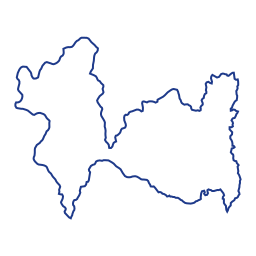 Caraí, Minas Gerais, Brazil (Robinson projection)
{"feature_id": "56859067B4076294409076", "entity_name": "Caraí", "entity_type": "district", "adm_level": 2, "iso_a3": "BRA", "parent_name": "Brazil", "parent_adm1": "Minas Gerais", "projection": "robinson", "projection_center": [-41.587, -17.164], "detail": "fine", "context": "isolated", "style": "outline", "palette": "blue", "viewbox_px": 256, "rotation_deg": 0, "n_neighbors": 0, "source": "geoboundaries", "source_scale": "gbopen_adm2", "svg_char_len": 5794}
<svg xmlns="http://www.w3.org/2000/svg" viewBox="0 0 256 256"><path d="M16.1,102.4L15.4,104.0L15.4,106.0L16.4,107.8L17.6,108.2L21.4,108.8L22.8,108.8L26.3,109.9L27.9,110.6L32.7,114.5L34.2,114.9L36.6,113.5L38.3,113.0L40.1,112.9L43.6,114.1L45.0,115.2L46.7,118.0L47.6,119.0L48.7,119.9L49.6,121.0L49.3,122.9L49.4,127.2L49.0,128.6L48.0,130.2L46.6,131.3L45.5,134.1L44.3,135.9L43.0,139.0L42.2,140.3L40.9,141.4L39.8,142.9L36.8,145.0L35.0,148.2L34.8,149.7L34.8,152.8L34.5,155.6L33.8,157.2L33.6,158.9L34.3,160.5L35.2,161.7L37.3,163.8L38.6,164.5L42.5,165.0L44.1,165.4L45.7,166.1L46.8,167.1L48.2,170.5L49.0,171.8L51.0,173.6L52.7,176.5L55.4,179.5L56.2,181.2L57.1,182.5L59.6,185.2L60.2,186.8L59.1,189.8L59.4,191.7L58.9,193.9L60.3,194.3L62.1,194.4L63.0,196.2L62.8,198.0L62.4,199.3L61.0,202.2L61.4,203.5L63.0,206.0L65.2,207.6L65.8,208.9L65.4,210.2L64.6,211.4L64.9,212.9L69.1,217.4L70.8,218.3L71.4,216.6L72.2,215.3L72.4,214.0L73.4,211.2L74.2,210.2L74.5,208.5L74.2,206.3L73.1,204.9L73.0,203.1L73.4,201.5L74.3,200.1L75.9,199.9L77.2,198.9L77.7,197.7L79.2,195.4L80.3,192.6L79.8,190.8L80.9,186.8L84.8,186.2L86.1,184.6L86.6,182.0L88.1,181.7L88.8,180.3L90.1,172.2L89.1,170.8L88.9,169.4L90.9,166.0L92.6,164.9L94.6,164.3L95.4,163.1L96.0,161.6L97.4,160.8L99.7,160.4L102.1,160.8L103.6,160.2L105.1,160.2L108.5,160.4L111.8,162.3L113.7,163.6L116.2,166.3L119.2,168.2L120.6,169.3L122.8,173.1L125.0,176.1L127.0,177.1L129.0,177.3L130.8,177.1L132.4,176.5L135.1,176.2L136.8,176.6L138.7,177.6L141.2,179.3L142.4,179.5L143.6,179.5L146.9,179.9L148.2,181.0L148.9,182.9L150.1,184.7L150.7,186.4L152.4,186.6L153.7,186.4L155.0,187.7L158.5,192.3L159.9,192.0L161.5,192.6L162.4,193.7L164.0,194.0L165.9,195.1L167.1,196.5L168.4,196.2L169.4,195.6L170.3,196.6L171.6,196.5L173.0,197.0L174.3,197.0L175.8,197.8L177.8,197.8L179.5,198.8L180.7,199.9L181.9,200.3L183.1,201.5L185.1,202.9L186.8,203.3L190.7,203.6L192.7,203.2L194.5,202.6L195.7,201.4L197.4,200.9L198.6,200.1L199.7,199.8L200.9,198.9L200.7,197.2L201.2,193.3L202.0,191.3L204.1,190.7L204.8,192.2L204.1,193.7L205.3,195.2L207.1,194.8L208.0,193.1L207.5,191.8L207.4,190.2L208.5,189.4L209.8,189.9L211.0,190.1L212.1,191.0L214.0,191.0L217.3,190.0L218.8,190.1L220.4,189.4L223.4,193.3L224.1,195.3L222.9,197.0L222.7,198.7L223.9,199.2L223.9,203.0L224.8,204.5L225.9,205.8L226.3,209.8L227.2,211.6L227.9,210.3L228.5,208.1L229.5,206.7L230.7,205.5L230.8,203.0L232.1,201.7L234.3,200.2L235.1,198.3L236.9,197.8L237.9,196.9L238.5,195.4L239.5,194.2L239.2,192.7L238.4,191.0L239.4,187.2L239.5,185.0L240.0,183.0L239.9,181.0L240.6,179.3L239.5,176.0L238.9,174.6L237.9,173.2L238.3,171.2L237.6,166.6L238.6,165.1L236.8,163.0L236.3,161.2L235.0,161.0L233.6,160.2L233.2,158.1L233.4,156.1L233.1,154.5L231.9,153.7L230.8,152.2L231.3,150.5L231.7,148.5L233.6,148.0L234.6,147.1L233.8,146.0L232.4,145.7L232.5,144.0L232.2,142.0L231.6,140.4L230.3,138.4L230.3,136.2L232.0,134.4L232.2,132.2L229.6,129.4L229.6,127.2L231.7,127.2L232.9,126.3L232.5,124.9L233.0,123.2L232.4,121.5L231.5,120.5L232.0,119.3L233.1,118.2L234.6,118.0L235.7,116.1L236.4,114.1L237.3,113.1L238.0,111.5L236.0,110.9L234.9,109.8L233.1,109.5L232.0,110.4L230.8,110.7L230.7,108.8L232.0,107.5L232.6,105.6L234.6,101.9L235.5,100.9L236.7,100.2L237.1,97.7L237.2,95.7L236.6,94.4L236.3,91.0L237.1,89.7L237.6,88.3L237.3,86.4L238.2,85.1L238.2,83.2L238.1,81.2L237.7,79.4L236.1,79.8L234.6,78.8L233.8,72.7L232.5,72.8L231.0,73.8L228.6,75.8L227.3,75.6L226.6,74.4L225.1,74.2L223.7,73.7L222.6,73.6L221.1,74.1L220.1,75.5L219.0,76.9L217.0,77.5L212.4,74.9L211.3,76.4L211.0,78.3L212.0,81.7L211.7,83.5L210.1,83.0L208.4,81.8L206.6,82.4L205.7,83.9L206.4,87.2L205.9,90.2L206.4,91.8L206.3,93.2L204.8,94.1L204.0,96.0L203.8,97.9L202.4,98.9L201.6,100.3L202.1,101.7L202.7,103.1L202.7,104.6L201.2,106.0L200.4,107.5L200.8,108.8L200.6,110.3L199.3,110.9L197.9,110.3L195.9,110.7L192.0,109.8L191.2,108.4L191.1,107.0L190.3,105.9L189.0,105.3L187.7,104.3L185.6,104.4L184.4,104.7L183.0,103.9L181.8,103.0L181.1,101.7L180.7,100.2L179.6,98.5L179.0,94.8L178.4,93.2L178.1,91.8L177.1,89.8L173.7,89.0L172.3,89.3L170.7,90.2L167.7,92.3L164.8,95.3L163.1,96.7L157.6,99.7L157.4,101.7L155.6,102.6L154.1,101.9L152.2,101.4L149.8,101.3L148.3,101.6L147.0,102.4L143.8,101.4L142.6,101.7L142.1,103.2L142.9,107.4L142.9,109.1L142.7,110.9L141.4,111.4L139.9,110.2L138.3,109.6L136.6,109.6L132.2,111.3L130.5,111.7L129.1,112.5L128.3,114.2L127.0,115.0L125.8,114.7L124.6,115.6L124.1,117.4L124.3,120.4L125.7,124.0L125.9,125.7L125.2,127.5L123.6,128.2L122.1,128.6L121.2,129.6L120.2,132.5L119.4,133.5L117.4,135.3L115.8,135.7L115.2,137.3L116.1,141.5L114.9,142.0L113.7,142.8L113.0,144.4L112.4,146.5L111.0,148.0L109.2,147.9L108.7,144.7L107.5,143.1L106.0,141.7L105.0,139.9L105.8,137.7L105.5,135.7L105.4,133.8L105.6,130.8L105.3,128.6L104.7,126.6L104.9,122.5L104.3,120.9L103.4,119.3L101.4,116.0L101.0,114.6L101.0,113.2L101.3,111.8L102.3,109.1L101.9,107.7L100.6,106.7L97.7,102.4L97.1,100.5L97.9,98.9L99.7,96.1L102.8,93.6L103.5,92.2L102.6,88.9L103.4,86.7L103.3,85.1L101.1,83.1L99.8,81.2L98.1,80.4L97.4,79.3L96.9,77.9L95.9,76.3L93.7,75.1L90.0,73.6L90.8,71.5L92.9,68.4L93.0,64.8L93.8,60.9L94.1,57.0L94.4,55.4L95.2,53.5L96.6,52.4L97.7,50.5L97.9,48.3L96.2,46.9L94.7,45.1L91.4,42.2L88.6,38.6L86.7,37.8L81.7,37.7L80.5,38.2L78.4,40.2L76.9,40.9L75.5,42.3L73.8,44.9L73.0,45.9L71.8,46.9L69.9,47.2L68.2,47.1L66.3,47.5L63.4,48.8L63.7,52.3L63.6,53.8L62.7,55.5L60.9,56.6L60.0,58.2L59.6,59.6L59.0,60.8L57.4,62.4L55.6,63.5L53.7,64.2L52.3,64.0L50.9,63.4L46.8,62.1L45.1,62.7L42.5,65.7L41.1,68.9L40.2,69.9L39.5,71.6L38.1,77.4L36.2,78.4L34.7,78.6L33.5,78.5L32.5,77.4L31.5,75.4L31.3,73.9L30.8,72.4L26.6,66.9L22.9,66.6L21.4,67.2L20.5,68.0L19.4,69.5L17.8,73.0L16.8,77.4L17.4,78.8L18.7,80.0L19.4,81.5L19.4,83.5L18.4,87.3L18.0,89.2L18.5,90.6L22.3,94.8L22.4,96.5L22.1,98.1L21.5,99.6L20.8,100.7L19.6,101.8L18.0,102.4L16.1,102.4Z" fill="none" stroke="#1e3a8a" stroke-width="2"/></svg>